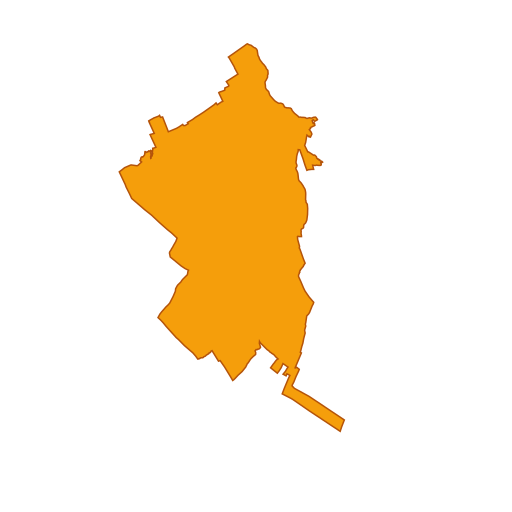 outline of Malusteni, Vaslui, Romania, rotated 64°
{"feature_id": "2599482B23513240550687", "entity_name": "Malusteni", "entity_type": "district", "adm_level": 2, "iso_a3": "ROU", "parent_name": "Romania", "parent_adm1": "Vaslui", "projection": "natural_earth1", "projection_center": [27.912, 46.177], "detail": "fine", "context": "isolated", "style": "filled", "palette": "amber", "viewbox_px": 512, "rotation_deg": 64, "n_neighbors": 0, "source": "geoboundaries", "source_scale": "gbopen_adm2", "svg_char_len": 6106}
<svg xmlns="http://www.w3.org/2000/svg" viewBox="0 0 512 512"><g transform="rotate(64 256 256)"><path d="M450.5,257.2L447.0,253.8L442.1,248.5L405.5,269.8L391.8,279.5L388.5,280.5L387.7,279.8L385.8,277.2L381.9,272.9L377.9,267.9L376.8,266.8L373.9,268.2L373.8,269.9L373.7,269.9L363.0,257.7L362.0,258.4L360.4,257.0L357.3,254.4L354.9,252.1L351.1,249.3L346.8,245.6L344.2,244.9L343.6,244.5L340.8,242.0L338.9,241.5L337.7,240.5L332.3,236.8L332.0,236.5L331.3,234.4L330.3,232.7L325.3,227.2L324.2,225.6L322.9,224.4L320.9,225.0L315.8,226.3L309.0,227.3L305.5,227.3L298.2,226.9L293.2,226.8L291.6,226.0L290.6,224.7L289.8,224.2L289.9,223.9L289.8,223.7L289.2,223.6L288.4,222.9L288.3,222.4L287.6,221.9L287.5,221.0L286.7,219.6L286.2,218.2L285.0,216.9L285.0,216.5L284.5,215.9L284.0,215.0L279.5,214.7L269.1,213.5L267.7,213.6L267.1,213.0L266.3,212.6L259.4,211.3L256.7,210.2L256.6,209.9L256.7,209.7L257.8,208.1L258.5,206.6L257.6,206.2L255.4,205.6L253.7,204.6L252.4,204.2L251.7,203.3L251.7,201.7L251.3,200.8L249.9,200.0L248.9,199.3L248.5,198.5L248.4,197.9L248.1,197.1L247.3,196.0L245.9,194.5L241.3,191.5L235.9,188.7L232.0,187.2L229.6,187.5L228.3,186.9L227.2,186.8L222.2,184.2L220.6,183.5L218.5,182.9L217.3,182.7L214.5,182.9L213.6,182.9L210.1,183.4L207.2,184.3L205.8,184.2L201.1,182.5L199.8,182.1L198.0,181.9L196.1,182.0L194.4,181.7L193.9,180.7L193.0,179.7L192.2,179.4L189.9,179.2L188.5,178.5L187.0,177.4L184.2,175.7L182.0,173.9L180.7,172.5L179.4,171.6L178.9,171.4L179.7,170.1L189.1,171.1L195.5,172.1L201.3,172.7L201.4,171.2L202.6,167.9L203.4,166.2L199.2,165.3L200.6,163.2L200.9,161.6L201.5,160.9L202.7,158.7L202.9,158.0L202.7,157.5L202.1,157.1L200.7,157.0L200.4,156.9L200.3,156.0L200.9,155.8L200.8,155.0L199.6,155.4L199.1,156.1L198.1,156.8L196.7,157.6L196.8,157.1L194.7,158.5L193.2,158.2L191.2,158.9L190.8,159.3L190.7,160.0L185.4,163.2L185.1,163.8L178.0,163.8L175.7,161.6L172.5,159.3L171.2,158.4L169.7,157.2L172.2,156.1L171.9,155.6L173.0,154.9L170.9,152.3L168.9,152.1L165.8,152.7L165.3,151.1L164.8,151.1L164.6,150.8L164.4,149.9L164.5,148.6L164.4,147.8L164.5,146.6L164.4,145.8L164.1,145.6L162.5,145.9L162.5,145.3L161.8,145.3L161.6,145.4L161.7,146.5L161.0,146.5L159.0,146.2L158.7,145.9L158.7,144.7L160.3,144.4L160.7,144.0L160.5,141.1L160.3,140.9L157.7,141.4L157.2,141.7L156.5,143.7L156.5,145.4L155.9,146.5L155.2,147.4L154.7,149.9L153.7,150.8L153.1,151.1L152.5,152.2L152.2,152.6L151.4,154.2L150.6,155.2L150.0,156.6L148.5,157.0L144.7,158.8L142.6,159.4L141.2,159.7L139.1,159.7L138.1,160.3L136.9,162.2L136.5,163.1L136.0,163.8L135.5,164.1L135.1,164.8L134.4,165.1L132.7,165.0L131.3,165.2L130.9,165.4L129.8,166.4L129.4,166.9L128.8,168.5L127.8,169.3L125.4,170.8L123.2,171.6L118.1,173.0L116.6,173.0L114.0,172.6L112.7,172.9L110.9,173.6L109.8,173.7L109.0,173.7L106.9,172.8L104.4,172.0L103.6,171.6L102.7,170.5L102.2,169.5L101.1,168.3L100.8,167.6L99.9,167.0L98.8,166.5L98.4,166.2L98.0,165.6L97.4,165.2L95.2,164.3L94.4,164.0L92.1,164.6L90.5,164.4L87.5,165.0L85.3,165.8L84.6,165.8L83.5,166.1L80.8,166.5L78.5,166.2L76.6,166.3L71.8,164.8L70.4,164.8L68.8,165.4L67.6,166.5L64.5,168.0L63.0,169.7L61.6,170.6L61.5,171.0L61.5,171.7L62.0,174.2L65.1,193.6L66.3,193.3L76.6,192.6L77.7,192.8L84.6,192.5L86.2,206.2L90.7,205.6L91.4,206.2L91.3,210.3L93.3,211.4L93.0,214.8L92.8,215.8L92.7,217.2L92.9,217.9L102.4,218.0L102.4,220.1L103.1,224.5L100.9,224.8L101.7,227.5L103.8,240.3L104.4,245.3L104.8,249.6L105.5,253.1L106.0,259.1L107.4,258.9L107.5,261.0L107.7,262.0L107.6,262.8L106.9,264.0L105.6,264.2L106.2,268.5L106.4,271.6L105.9,280.3L90.1,279.0L89.5,281.1L87.3,281.0L87.6,282.2L87.2,286.6L87.1,287.0L87.2,287.8L87.3,290.3L87.5,293.1L88.4,293.1L88.3,293.3L89.2,293.4L101.2,293.7L100.4,297.9L100.4,298.0L114.4,298.3L114.3,300.0L113.9,301.6L114.9,301.9L115.5,302.5L117.6,303.8L118.7,303.9L119.0,304.1L119.0,304.5L119.2,304.8L120.3,305.3L119.8,305.8L119.8,306.0L122.1,307.5L122.1,307.8L120.3,307.1L119.9,306.6L119.4,306.3L118.5,305.6L118.3,305.7L117.9,305.4L117.4,305.6L115.7,304.2L115.2,304.1L114.9,304.3L115.3,305.0L115.1,305.6L115.2,306.0L114.2,305.7L114.4,305.9L114.5,306.6L114.8,307.4L114.7,308.1L115.0,308.5L114.9,309.0L114.3,309.6L114.4,309.8L114.0,309.8L113.7,309.6L113.5,310.0L115.5,311.3L116.4,312.0L117.2,313.7L117.3,314.0L117.1,314.4L117.3,314.7L116.9,315.2L116.8,315.6L117.5,316.6L118.0,317.0L118.4,317.1L118.7,317.6L119.2,317.7L119.5,318.5L121.3,317.6L122.8,322.3L122.7,323.4L119.5,328.2L119.3,328.7L119.0,335.4L119.8,338.9L120.4,342.0L134.3,342.2L137.2,342.5L144.2,342.4L149.8,342.5L165.5,335.8L173.4,332.0L183.7,328.1L193.6,324.0L198.0,321.9L205.3,319.1L207.8,321.7L210.3,325.4L211.5,327.0L212.5,328.7L213.4,329.9L214.5,331.8L215.4,332.5L219.3,333.5L232.2,327.6L236.3,325.2L239.2,322.9L240.1,324.0L242.4,325.6L242.8,326.1L244.7,331.7L245.4,333.3L246.4,334.9L247.7,338.9L248.3,340.0L250.2,342.6L252.3,343.9L253.1,344.8L256.1,348.3L260.5,354.2L261.4,356.4L262.3,359.3L264.8,365.2L266.0,367.7L268.4,371.1L271.7,369.8L275.3,368.7L280.0,367.6L294.3,363.5L297.1,362.3L305.2,359.6L315.4,355.2L319.6,354.1L323.2,353.5L323.3,353.2L323.2,352.7L323.5,352.2L323.3,351.6L323.5,351.2L323.3,350.6L323.3,350.2L323.7,349.3L323.9,349.1L324.1,348.0L323.7,347.3L323.8,345.6L323.5,344.5L323.2,343.9L323.3,343.1L323.1,342.7L323.2,342.4L323.1,341.3L322.6,340.8L322.8,340.1L322.6,339.9L322.6,339.3L322.5,338.9L321.8,338.1L321.8,337.0L334.1,335.8L334.3,334.1L341.9,332.9L353.7,331.8L357.7,331.5L357.4,330.0L356.8,328.2L355.3,324.4L353.8,319.2L351.3,313.9L350.3,312.7L349.9,312.1L349.2,311.4L348.5,309.7L346.8,306.9L346.2,305.8L345.1,302.6L344.4,299.7L344.2,299.4L342.7,298.6L340.8,298.4L340.5,297.5L340.2,297.2L340.1,296.9L340.5,296.5L340.7,296.1L340.5,295.5L340.9,294.1L340.4,292.5L340.0,291.9L336.0,291.3L334.3,290.3L335.9,290.2L344.9,287.1L346.9,286.0L348.6,285.5L349.4,284.9L350.2,284.6L352.5,283.2L355.8,282.3L358.2,281.3L358.4,283.1L359.3,285.1L359.9,286.0L360.5,287.5L362.9,291.9L370.7,288.2L369.3,285.4L367.4,282.3L364.5,278.9L369.9,275.9L370.3,276.6L370.9,277.7L372.5,280.0L374.1,283.5L376.9,281.5L375.4,279.8L378.2,277.9L379.8,280.0L387.2,288.4L391.4,292.9L398.6,287.5L401.1,285.8L418.7,275.9L450.5,257.2Z" fill="#f59e0b" stroke="#b45309" stroke-width="1.5"/></g></svg>